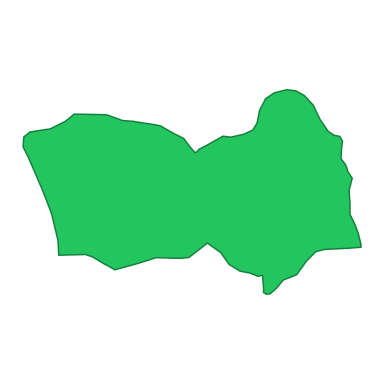 outline of Al Mansuriyah, Al Hudaydah, Yemen
{"feature_id": "15242507B31078710685035", "entity_name": "Al Mansuriyah", "entity_type": "district", "adm_level": 2, "iso_a3": "YEM", "parent_name": "Yemen", "parent_adm1": "Al Hudaydah", "projection": "robinson", "projection_center": [43.383, 14.685], "detail": "fine", "context": "isolated", "style": "filled", "palette": "green", "viewbox_px": 384, "rotation_deg": 0, "n_neighbors": 0, "source": "geoboundaries", "source_scale": "gbopen_adm2", "svg_char_len": 1813}
<svg xmlns="http://www.w3.org/2000/svg" viewBox="0 0 384 384"><path d="M58.8,255.2L70.6,254.9L85.5,254.5L92.7,257.0L104.8,264.3L105.1,264.3L114.5,269.5L114.9,269.8L124.6,267.1L130.9,265.4L134.4,264.4L134.8,264.3L138.7,263.2L147.9,260.3L155.8,257.7L168.9,258.0L169.0,258.1L174.0,258.2L175.3,258.2L179.2,258.3L179.6,258.3L180.6,258.3L188.7,257.5L188.8,257.5L197.8,250.6L203.3,246.3L207.5,243.1L213.5,247.5L214.0,247.8L221.1,252.9L221.2,253.2L229.1,264.4L229.4,264.6L239.9,271.1L242.0,271.5L250.4,273.2L258.0,276.3L260.8,275.7L262.6,275.4L263.6,288.8L263.6,292.6L266.5,294.2L270.1,293.8L276.3,288.4L283.2,280.1L296.7,274.7L306.5,261.0L315.8,251.7L324.6,249.4L348.3,248.3L361.0,247.2L361.0,244.5L358.2,233.1L354.6,223.7L350.0,214.4L350.0,204.0L350.0,203.0L349.7,199.5L349.5,196.4L349.1,190.5L350.6,184.6L352.2,178.1L347.7,171.4L347.3,169.3L345.4,164.4L345.2,164.3L341.0,158.6L341.6,148.1L342.5,141.2L339.8,136.4L334.5,135.4L333.8,135.0L328.3,131.5L326.3,128.6L325.3,127.1L324.4,125.8L320.3,119.9L316.9,112.9L316.7,112.4L316.4,111.8L313.2,105.2L304.3,95.5L297.6,91.8L295.5,90.7L286.7,89.8L284.8,90.2L274.4,92.8L271.9,94.5L265.6,98.7L262.0,105.7L259.5,110.5L259.5,111.0L257.0,123.3L252.8,130.0L252.6,130.2L246.8,132.8L243.9,134.2L230.7,137.2L230.2,137.1L222.9,136.2L216.3,139.9L206.8,145.3L199.5,149.0L196.2,152.4L194.8,152.4L191.1,148.2L187.9,144.1L183.9,138.6L174.0,133.6L160.3,125.8L156.7,125.1L153.4,124.5L138.3,122.2L132.9,121.3L122.3,120.5L122.1,120.4L119.5,119.4L113.7,117.3L108.4,115.4L106.4,114.7L74.2,114.1L66.0,120.9L62.9,122.5L52.0,128.0L50.2,128.9L45.3,129.6L30.0,132.0L25.9,135.3L23.9,136.9L23.1,145.7L23.0,146.7L25.9,152.4L26.9,154.5L28.4,157.5L37.3,178.1L42.7,190.6L48.9,206.7L51.7,214.1L54.2,224.6L54.9,227.6L58.0,240.4L58.1,242.6L58.8,255.2Z" fill="#22c55e" stroke="#15803d" stroke-width="1.5"/></svg>